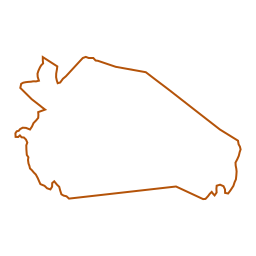 the district of Bom Jesus da Serra, Bahia, Brazil
{"feature_id": "56859067B84581082225052", "entity_name": "Bom Jesus da Serra", "entity_type": "district", "adm_level": 2, "iso_a3": "BRA", "parent_name": "Brazil", "parent_adm1": "Bahia", "projection": "equal_earth", "projection_center": [-40.617, -14.382], "detail": "fine", "context": "isolated", "style": "outline", "palette": "amber", "viewbox_px": 256, "rotation_deg": 0, "n_neighbors": 0, "source": "geoboundaries", "source_scale": "gbopen_adm2", "svg_char_len": 1523}
<svg xmlns="http://www.w3.org/2000/svg" viewBox="0 0 256 256"><path d="M69.0,198.6L115.9,193.3L176.0,186.5L203.1,199.1L205.5,198.9L208.0,196.2L209.7,193.9L211.7,191.9L213.1,193.8L214.6,195.4L216.6,192.5L216.4,188.7L216.7,185.7L220.1,184.7L223.5,186.2L225.0,189.4L225.1,192.9L228.1,193.5L230.3,190.6L233.4,185.9L234.6,182.2L235.9,179.4L236.3,175.8L236.6,171.5L236.3,168.7L235.7,165.7L235.5,162.6L237.3,159.2L238.8,155.8L239.7,152.0L240.6,149.4L239.9,146.6L238.6,144.3L238.0,140.7L219.9,129.5L206.0,118.7L167.9,89.0L156.4,80.3L145.8,72.2L115.7,66.8L97.9,60.8L95.6,60.5L93.3,58.0L91.1,58.0L88.7,58.0L85.8,56.9L82.8,58.0L81.2,59.7L76.4,64.9L65.9,76.3L62.9,78.8L60.2,82.5L57.7,83.2L56.8,80.5L56.1,77.2L56.2,73.6L56.9,69.5L57.3,66.4L42.8,57.1L42.8,60.3L43.1,63.4L41.2,65.3L40.0,67.3L38.4,70.8L37.5,73.7L37.7,76.9L38.9,80.7L36.1,81.4L33.2,81.3L31.1,81.7L28.1,81.9L25.6,82.2L23.2,82.7L21.2,83.8L20.3,87.9L31.7,99.2L40.2,105.8L41.9,107.2L45.1,109.6L38.2,112.1L38.4,115.0L38.2,117.9L36.2,120.3L33.5,123.1L32.0,126.5L30.0,129.5L26.0,127.9L22.7,127.7L20.1,129.1L18.7,130.8L16.7,131.3L15.4,133.3L15.6,136.9L18.2,137.0L19.9,135.4L21.6,137.3L23.9,137.5L26.0,139.6L27.3,142.6L26.3,145.3L26.4,149.5L26.8,154.9L28.4,157.3L28.0,159.9L28.5,163.5L29.4,165.9L30.0,168.5L31.7,170.0L33.8,172.5L35.8,174.5L37.8,178.2L39.3,181.7L40.4,184.1L42.3,184.9L44.5,185.8L47.1,188.3L50.4,189.4L52.1,186.7L52.2,183.1L54.2,181.3L57.0,184.7L59.2,186.8L60.1,190.2L61.4,194.3L63.6,195.6L66.5,196.3L69.0,198.6Z" fill="none" stroke="#b45309" stroke-width="2"/></svg>